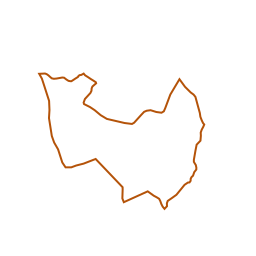 the district of Yaloké, Ombella-M'Poko, Central African Republic, rotated 153°
{"feature_id": "33826404B87944665241134", "entity_name": "Yaloké", "entity_type": "district", "adm_level": 2, "iso_a3": "CAF", "parent_name": "Central African Republic", "parent_adm1": "Ombella-M'Poko", "projection": "natural_earth1", "projection_center": [16.962, 5.38], "detail": "fine", "context": "isolated", "style": "outline", "palette": "amber", "viewbox_px": 256, "rotation_deg": 153, "n_neighbors": 0, "source": "geoboundaries", "source_scale": "gbopen_adm2", "svg_char_len": 1516}
<svg xmlns="http://www.w3.org/2000/svg" viewBox="0 0 256 256"><g transform="rotate(153 128 128)"><path d="M60.0,148.1L75.1,138.6L85.8,128.8L88.5,126.6L91.2,126.4L95.5,129.4L99.8,133.6L103.5,134.9L106.3,135.1L110.5,133.6L120.2,129.9L122.6,129.8L128.8,134.0L142.7,145.7L146.5,151.8L149.6,159.0L152.4,164.0L154.7,167.1L156.3,169.3L156.0,170.8L153.2,173.4L147.1,175.7L145.7,176.2L143.7,177.7L142.4,179.8L140.9,181.1L138.6,181.7L136.1,182.3L135.9,183.4L137.5,186.2L138.9,188.5L140.5,191.4L142.3,194.4L142.8,196.6L145.5,196.5L147.3,197.1L149.0,196.6L149.4,196.2L151.6,196.0L152.7,195.9L155.2,195.6L157.2,195.4L158.3,196.0L159.6,197.0L160.9,199.2L162.1,201.8L163.6,202.8L165.6,203.4L169.2,204.5L171.7,205.5L173.4,206.9L174.3,209.1L175.0,211.0L176.0,212.9L177.2,214.2L182.5,216.6L182.3,211.1L183.5,203.5L186.0,188.0L189.8,179.7L193.9,172.7L199.5,155.5L200.4,148.6L200.0,140.7L202.2,127.1L201.5,121.3L196.4,118.7L191.2,118.1L183.7,116.4L170.9,115.1L159.7,77.7L160.6,75.8L165.0,67.8L165.4,63.8L139.2,62.6L135.8,56.0L134.0,53.4L132.4,50.8L132.4,48.2L132.8,45.1L132.8,42.2L132.2,39.4L128.8,40.6L127.5,43.3L125.7,45.0L121.1,45.6L115.2,46.5L107.9,49.7L103.4,51.7L99.4,52.2L97.9,51.6L96.2,52.5L95.2,54.3L93.7,55.4L91.7,56.0L89.0,58.6L86.0,60.0L85.1,61.6L84.4,64.2L84.6,66.4L84.7,67.9L83.8,69.7L78.1,77.3L74.4,82.0L69.2,83.8L66.6,88.0L65.3,90.9L63.0,93.1L60.4,94.9L58.5,96.5L58.9,98.4L58.8,101.6L58.4,105.2L57.2,108.7L53.8,125.1L54.4,128.0L56.0,131.2L58.5,138.8L60.0,148.1Z" fill="none" stroke="#b45309" stroke-width="2"/></g></svg>